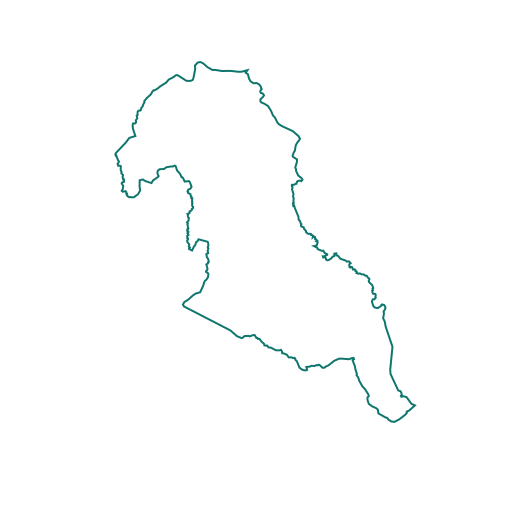 Momax, Zacatecas, Mexico (Natural Earth projection), rotated 251°
{"feature_id": "50627088B46165454846438", "entity_name": "Momax", "entity_type": "district", "adm_level": 2, "iso_a3": "MEX", "parent_name": "Mexico", "parent_adm1": "Zacatecas", "projection": "natural_earth1", "projection_center": [-103.248, 21.945], "detail": "fine", "context": "isolated", "style": "outline", "palette": "teal", "viewbox_px": 512, "rotation_deg": 251, "n_neighbors": 0, "source": "geoboundaries", "source_scale": "gbopen_adm2", "svg_char_len": 6134}
<svg xmlns="http://www.w3.org/2000/svg" viewBox="0 0 512 512"><g transform="rotate(251 256 256)"><path d="M136.4,260.7L133.5,262.6L132.3,264.3L131.6,265.9L131.7,267.3L134.7,267.5L133.9,270.9L134.1,272.8L133.0,275.3L133.1,277.9L132.6,278.5L132.8,279.8L132.4,280.5L128.6,282.6L128.1,284.5L128.7,285.8L129.0,289.0L131.4,295.7L131.9,300.8L131.1,303.5L128.1,310.4L128.3,312.7L127.9,315.0L126.5,315.1L126.0,313.4L119.5,313.6L116.5,313.1L111.6,313.0L110.5,312.3L107.9,313.1L104.3,313.0L98.0,314.2L95.0,315.6L88.5,317.2L86.9,317.1L86.0,315.4L83.8,314.6L80.5,314.5L79.3,314.6L76.0,316.9L73.2,319.9L71.1,321.2L67.3,320.5L61.3,325.8L60.2,327.4L58.2,327.9L55.5,330.1L54.1,332.8L54.9,338.2L57.3,345.4L58.5,347.5L59.8,347.8L60.0,350.5L63.0,357.6L65.5,354.9L73.5,352.4L75.3,350.0L75.6,347.6L76.6,347.5L76.8,348.5L79.1,348.9L81.1,348.6L82.6,346.7L100.7,344.8L104.6,345.8L125.8,355.5L146.9,355.6L152.3,356.4L155.7,355.9L160.0,358.3L161.8,358.5L164.3,361.3L166.0,361.7L167.9,361.2L169.2,359.4L168.9,358.6L168.2,358.4L167.1,354.2L168.5,351.6L170.6,350.6L175.3,350.8L177.0,352.3L177.0,352.8L176.5,353.8L177.6,355.6L178.2,355.5L180.4,356.6L181.4,356.3L182.0,354.6L183.0,354.2L185.4,354.6L185.6,355.5L187.2,355.5L187.5,356.4L190.6,356.4L194.5,354.4L195.8,354.5L197.2,355.7L197.8,355.7L199.2,354.7L200.9,354.4L201.5,353.8L201.8,352.9L203.4,352.0L204.3,349.9L205.7,348.5L206.0,346.7L206.6,346.5L207.2,345.4L208.3,346.1L208.9,345.9L209.5,345.1L210.6,345.4L211.4,344.7L211.6,343.3L214.1,343.3L214.7,342.4L214.3,341.5L215.1,340.8L217.3,341.3L218.1,342.0L218.3,343.1L218.9,343.0L220.7,342.0L221.2,340.0L222.6,339.2L225.9,334.9L229.3,333.7L230.4,332.4L232.4,332.8L232.7,330.8L230.6,330.2L230.3,329.3L230.5,328.3L229.2,326.3L228.5,323.3L228.8,321.9L230.1,321.0L231.1,321.3L232.2,321.0L232.6,320.5L232.7,319.1L233.9,319.1L233.5,320.3L233.9,323.7L234.5,323.9L236.5,321.9L239.1,321.4L239.4,320.0L242.4,316.6L243.8,316.6L246.5,314.0L246.2,316.8L248.7,318.7L249.2,318.8L250.0,318.1L250.0,318.9L250.3,319.0L250.5,318.6L252.1,318.4L252.4,317.5L252.9,317.3L254.6,318.0L255.6,317.1L255.1,315.7L256.4,316.4L257.5,316.0L258.0,314.9L259.1,315.0L260.0,312.6L260.7,311.9L262.5,311.1L263.3,311.4L266.0,310.3L267.6,310.4L269.2,308.4L270.5,308.6L271.3,309.3L271.8,308.9L274.8,309.0L276.4,308.2L279.4,308.9L289.2,308.3L291.1,308.5L291.1,307.6L291.6,307.6L293.6,308.1L293.3,308.5L293.9,309.0L296.3,309.4L298.0,310.4L300.3,310.4L302.3,311.6L307.4,311.8L309.1,313.0L310.6,312.6L311.6,313.2L310.9,315.3L311.4,316.9L311.1,317.7L312.9,319.0L313.3,319.9L313.0,322.0L312.0,323.3L313.0,324.8L314.8,324.4L318.4,322.1L323.5,321.6L324.9,322.1L326.8,321.9L331.6,325.3L334.0,326.2L337.8,323.2L338.8,323.2L341.4,325.2L342.9,327.0L347.8,329.7L349.9,332.1L351.8,335.1L352.6,335.7L355.4,335.3L362.0,331.5L370.2,323.0L373.1,320.6L375.1,319.7L380.6,319.0L383.5,317.8L388.1,317.5L393.9,316.2L397.1,313.6L399.5,311.0L400.7,310.5L402.7,311.2L404.3,314.7L405.4,315.9L407.4,315.3L408.5,313.7L409.7,313.5L410.5,313.7L411.9,315.6L412.2,315.3L413.9,315.8L416.9,315.0L419.2,313.1L420.2,309.8L423.0,307.7L425.7,307.2L430.5,307.5L432.7,305.9L434.5,308.4L434.9,302.5L436.2,298.7L439.1,292.7L442.1,283.8L445.3,277.9L446.0,275.5L450.1,271.8L455.4,268.7L457.5,266.6L457.9,263.9L456.0,260.3L452.6,259.4L444.8,254.9L443.1,253.5L442.9,252.2L443.0,250.7L444.3,247.2L451.6,241.5L452.6,240.5L453.0,239.3L452.8,238.5L452.1,236.6L451.2,230.9L449.2,227.5L447.6,220.7L446.2,217.0L445.7,214.0L446.0,213.0L445.2,211.5L443.1,209.3L440.7,203.8L438.8,200.8L437.7,200.6L435.9,198.6L434.3,197.5L433.4,195.8L431.4,194.5L431.2,193.7L431.6,193.0L431.5,192.0L431.0,191.1L428.7,190.1L428.0,190.1L427.5,188.9L424.9,188.6L423.4,186.5L421.4,186.1L420.7,184.9L421.3,182.9L420.1,182.0L416.5,181.1L408.7,181.0L408.9,174.7L405.4,169.4L399.0,157.1L397.9,156.1L396.8,156.6L396.4,156.1L394.7,156.7L391.6,156.7L389.8,157.2L388.1,155.1L386.1,155.1L385.8,156.6L385.0,157.4L381.2,156.0L379.4,156.3L378.0,155.6L375.8,156.6L373.5,155.4L371.5,155.4L371.7,155.9L370.8,155.9L369.1,155.4L369.0,153.1L368.2,152.6L365.4,153.3L362.5,151.7L361.3,150.3L360.1,151.0L359.8,153.7L358.8,154.2L358.1,154.2L357.6,153.7L356.2,153.7L356.2,154.2L355.0,153.8L353.5,154.6L352.7,155.5L352.7,156.5L351.7,158.0L351.3,160.2L351.7,160.7L352.7,164.4L355.7,167.8L359.9,168.6L365.5,170.7L365.2,173.9L363.1,175.5L359.0,180.9L361.0,183.3L362.6,189.0L363.3,190.0L364.7,189.7L366.6,189.8L368.6,190.9L369.4,193.1L368.2,197.5L369.1,200.1L368.4,204.4L367.7,206.6L367.9,208.7L367.0,209.3L362.5,209.2L358.7,210.9L354.7,211.3L354.5,211.9L353.5,212.4L349.6,212.8L348.7,216.9L347.3,217.5L342.4,217.6L341.0,215.9L340.8,213.6L339.2,212.2L338.6,212.7L337.7,212.3L335.8,214.2L333.7,213.8L333.2,214.3L332.0,213.6L331.2,214.6L329.8,213.7L328.3,213.6L327.7,212.9L326.3,213.0L325.6,212.3L324.2,212.0L323.1,212.5L322.0,212.3L321.4,210.7L320.8,210.7L320.1,209.7L319.8,207.8L318.4,207.3L318.1,205.1L317.5,205.6L316.6,204.7L314.1,204.5L313.7,204.9L311.1,203.5L310.3,201.7L308.7,202.1L308.2,201.4L304.2,201.0L304.1,200.3L303.3,200.3L302.8,199.2L301.7,199.2L301.1,200.0L300.1,199.5L299.9,198.6L297.9,199.0L297.5,197.5L296.1,197.1L295.0,197.4L294.7,196.8L293.8,197.1L292.8,195.8L291.4,195.7L288.6,196.7L287.3,195.7L285.6,196.2L285.4,195.3L284.6,194.9L282.0,197.3L285.4,200.7L286.0,202.0L288.5,203.8L289.0,205.4L290.5,207.1L285.2,214.9L284.0,215.0L281.7,214.5L279.6,213.1L278.6,213.4L276.7,212.0L274.2,211.7L274.1,209.8L273.8,209.6L270.6,209.2L269.5,209.7L267.0,209.7L265.7,209.3L265.6,208.5L264.6,208.1L264.2,206.3L259.8,206.0L259.0,205.6L257.7,203.7L257.0,203.7L255.8,204.8L254.4,205.1L251.8,203.8L249.8,201.5L249.2,199.8L248.2,198.6L245.0,196.3L239.9,191.4L240.1,186.9L239.4,183.9L236.8,177.7L235.8,173.3L233.9,171.1L231.7,171.5L193.9,207.6L186.4,211.9L183.2,215.5L183.0,216.6L184.0,219.1L183.0,222.7L182.0,224.1L182.2,227.1L181.7,229.0L178.4,229.7L178.0,230.7L177.0,230.8L176.5,232.3L172.9,233.5L170.2,235.1L168.8,234.8L167.9,236.3L167.8,237.3L165.5,238.1L164.5,240.3L160.4,244.1L159.2,247.3L159.1,249.1L157.2,249.5L155.5,249.1L154.9,250.4L152.7,253.0L149.5,253.9L148.6,256.6L147.4,257.8L147.2,259.3L146.1,259.6L145.2,259.4L143.2,260.4L136.4,260.7Z" fill="none" stroke="#0f766e" stroke-width="2"/></g></svg>